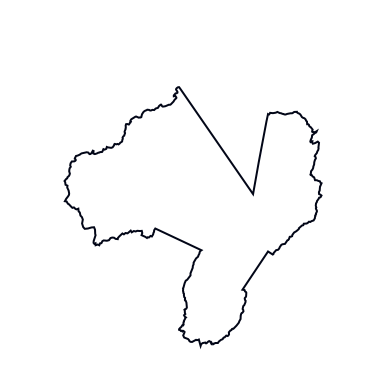 Pacajá, Pará, Brazil, rotated 214°
{"feature_id": "56859067B2660041760548", "entity_name": "Pacajá", "entity_type": "district", "adm_level": 2, "iso_a3": "BRA", "parent_name": "Brazil", "parent_adm1": "Pará", "projection": "equal_earth", "projection_center": [-50.664, -3.7], "detail": "fine", "context": "isolated", "style": "outline", "palette": "ink", "viewbox_px": 384, "rotation_deg": 214, "n_neighbors": 0, "source": "geoboundaries", "source_scale": "gbopen_adm2", "svg_char_len": 5938}
<svg xmlns="http://www.w3.org/2000/svg" viewBox="0 0 384 384"><g transform="rotate(214 192 192)"><path d="M122.6,312.2L123.2,310.8L123.9,310.1L125.8,309.1L126.3,309.4L126.9,311.2L129.7,312.1L131.2,312.1L131.9,312.4L132.5,313.0L133.4,313.2L134.4,312.6L136.1,314.7L137.3,314.9L138.4,315.7L140.0,316.0L141.4,315.6L142.8,315.6L145.4,316.8L146.8,317.0L147.8,316.7L149.6,316.7L149.9,317.1L151.9,315.6L152.3,315.0L152.7,313.7L153.2,313.1L154.3,312.4L156.8,309.9L157.7,308.6L158.9,307.9L159.6,307.9L160.6,307.4L162.2,307.1L163.4,306.5L166.0,306.1L166.9,304.6L169.0,302.6L171.5,301.3L171.4,299.4L171.8,299.0L172.5,299.0L169.8,292.3L153.5,254.4L140.2,224.4L258.6,270.7L261.3,271.7L262.1,271.1L262.7,269.7L262.8,268.7L262.5,268.0L260.2,267.0L259.6,266.2L259.9,265.3L260.8,264.5L261.1,261.9L260.6,261.2L259.5,262.3L257.8,261.6L257.5,261.0L258.0,258.8L257.9,256.6L258.6,252.7L259.0,252.0L260.0,251.4L262.0,248.3L263.2,247.1L264.2,246.4L265.4,246.6L266.3,247.2L266.8,246.9L267.4,244.9L267.3,242.7L268.8,240.9L269.2,238.8L270.7,238.0L271.7,236.5L272.8,236.0L273.4,236.1L275.1,235.2L275.4,234.4L276.1,233.5L276.7,232.3L277.0,230.9L276.9,228.4L275.9,225.7L276.3,225.0L276.8,224.8L277.6,223.9L280.6,223.3L281.1,222.6L283.0,218.3L282.9,216.5L282.5,215.9L282.0,216.0L281.9,215.1L282.2,214.7L282.0,213.3L282.1,212.6L283.8,212.1L284.6,211.3L284.1,209.9L282.9,208.4L282.7,207.6L282.3,207.3L281.7,204.5L281.4,204.0L280.5,203.5L280.2,202.8L280.2,202.0L279.7,200.9L280.1,199.6L280.0,198.3L279.1,197.4L278.9,196.2L278.3,195.1L278.3,194.2L279.0,192.9L279.1,191.6L279.5,190.4L280.6,190.2L281.4,189.2L282.9,188.7L283.1,188.1L282.7,186.9L282.8,184.6L283.7,183.4L286.8,181.9L287.8,181.7L287.2,179.8L288.2,178.2L289.4,178.0L288.9,175.4L289.0,174.8L290.4,173.8L291.1,172.6L291.6,172.3L292.2,171.1L293.4,169.5L293.8,169.1L295.3,168.7L295.7,168.9L296.0,170.1L296.5,170.3L296.6,170.9L297.3,170.8L297.1,168.0L297.4,166.7L298.2,166.1L300.0,166.7L301.6,166.0L305.1,162.3L305.7,161.1L305.8,160.4L307.2,158.2L308.3,157.0L308.0,154.6L307.8,154.0L306.7,153.9L306.2,153.4L306.2,152.6L306.8,151.5L308.7,150.1L308.7,147.9L307.9,146.0L306.6,145.1L306.7,143.3L306.3,142.2L305.4,140.5L303.5,138.9L303.1,137.5L303.0,136.6L303.5,134.5L303.1,133.5L303.6,132.4L303.8,129.8L302.7,129.3L300.9,127.3L298.8,127.6L297.9,125.9L295.1,124.2L293.1,122.2L292.4,120.9L292.3,119.1L292.5,116.0L292.2,113.3L290.6,114.0L288.4,112.9L287.2,113.0L282.7,112.0L282.1,112.1L281.7,112.8L281.2,113.2L279.1,112.8L277.9,113.1L276.9,114.6L275.1,112.5L273.6,112.3L271.3,110.1L269.2,109.6L267.1,108.1L265.5,104.4L262.6,102.1L260.3,101.5L257.8,103.6L255.6,106.3L253.5,108.0L251.3,106.5L248.8,103.1L247.8,102.3L246.1,96.4L245.2,94.8L243.9,94.4L243.3,95.5L242.1,94.0L240.7,95.8L239.1,96.0L239.5,98.1L238.5,98.9L238.8,101.2L238.1,102.5L235.3,104.0L233.9,105.6L233.8,108.2L232.7,109.6L231.1,110.5L229.2,110.4L227.2,111.4L227.7,112.5L227.5,114.3L226.5,118.7L224.8,118.8L224.2,120.8L222.3,121.7L221.2,125.7L219.4,124.9L218.4,127.1L216.6,127.8L215.7,129.2L213.2,130.6L211.9,131.7L210.3,130.2L209.7,128.0L205.7,128.7L203.6,128.7L203.5,129.6L202.3,130.2L201.8,132.4L200.4,132.7L200.5,135.1L201.1,136.6L201.2,137.8L201.7,138.5L202.0,139.4L202.0,141.2L151.6,149.0L152.1,147.7L152.0,146.3L151.4,145.1L151.2,143.0L150.8,141.8L151.5,139.2L151.2,134.9L151.1,134.2L150.3,133.1L149.9,131.1L149.0,129.5L147.8,123.8L146.6,122.0L146.9,116.6L147.6,115.0L147.1,112.3L145.6,107.9L145.6,107.1L145.1,106.7L144.1,104.9L143.1,104.2L142.8,103.5L141.7,103.1L141.0,101.9L139.6,100.5L138.5,100.3L137.5,98.5L137.1,98.2L136.5,98.4L134.8,97.2L131.7,93.4L131.5,92.2L131.8,91.4L132.3,90.8L132.4,90.1L131.9,90.0L130.3,87.8L129.3,87.1L129.7,85.4L128.1,84.6L127.0,84.6L127.2,84.0L126.9,83.5L126.6,80.6L126.1,80.0L126.2,79.3L125.6,78.2L124.8,77.4L124.8,76.7L125.3,76.8L125.5,76.2L125.4,74.2L125.8,72.8L126.0,71.0L125.6,70.5L124.5,70.9L123.6,70.6L123.2,71.1L122.1,71.0L122.1,71.7L121.6,72.0L120.0,71.9L119.7,71.4L119.1,68.2L117.7,67.3L117.0,67.0L113.0,67.9L111.8,67.6L111.1,67.1L109.6,66.9L108.1,67.7L106.0,71.7L105.1,71.9L104.2,72.8L103.8,73.5L98.8,69.2L99.3,71.0L98.7,72.7L96.8,74.6L96.0,74.3L95.4,74.7L94.9,77.0L94.4,78.0L93.2,78.0L92.7,78.4L92.2,78.3L91.8,77.4L90.8,76.9L90.5,77.7L89.8,78.1L89.3,77.7L88.3,79.8L86.1,81.3L86.1,83.1L85.3,85.6L84.3,87.1L84.4,88.6L84.2,89.2L83.7,89.7L83.3,92.1L82.1,92.4L81.6,93.2L81.7,94.7L83.0,96.3L82.7,98.7L82.1,99.5L82.2,100.8L81.8,101.4L81.2,101.7L80.4,106.0L80.1,109.8L80.5,111.3L80.7,113.8L82.5,116.8L83.1,118.5L83.1,119.5L82.7,120.0L82.6,121.8L83.6,122.9L84.6,123.3L85.6,125.8L85.7,126.4L85.4,127.3L86.0,130.4L86.7,131.8L87.6,132.1L88.6,133.0L88.9,133.6L88.7,135.3L88.9,135.9L90.6,138.8L91.1,139.2L92.4,139.2L93.6,140.1L95.5,139.2L95.7,185.2L90.1,185.3L89.8,186.0L90.2,187.1L89.7,190.9L88.4,192.1L88.1,193.8L88.4,195.3L88.4,198.0L87.9,199.1L85.9,201.0L85.9,205.3L85.4,205.9L85.3,207.1L85.9,209.5L84.8,210.5L84.3,211.4L84.8,212.6L84.7,215.5L83.6,217.8L82.8,220.7L82.8,221.4L83.1,221.8L82.1,225.7L81.2,226.7L81.6,228.2L79.3,230.0L78.7,231.3L78.4,232.8L77.2,233.3L76.6,234.7L75.3,236.4L75.4,238.8L76.1,240.1L76.2,240.9L76.8,241.5L76.6,242.2L76.8,243.1L77.2,243.4L77.5,245.6L78.2,246.5L79.4,247.1L80.3,247.9L80.3,248.7L81.7,249.8L82.8,251.9L82.9,253.5L83.3,254.4L83.2,257.0L83.4,258.4L82.9,258.9L82.5,259.8L82.7,261.5L84.2,261.6L85.4,261.3L86.4,262.4L86.9,263.5L86.9,264.5L88.8,267.9L89.5,271.7L90.6,271.5L91.9,272.4L93.5,271.8L95.0,271.6L96.6,270.6L98.6,272.2L99.4,272.5L100.7,272.3L102.3,273.0L102.9,272.5L103.5,272.6L103.8,273.8L104.9,275.8L104.7,278.1L105.0,279.7L105.7,281.1L106.1,283.0L107.3,285.1L108.0,287.3L108.1,289.1L109.0,290.0L110.3,290.3L110.5,291.7L110.3,294.2L110.8,295.7L110.8,297.3L111.6,299.2L112.1,299.6L114.2,303.8L115.9,304.1L117.3,301.4L118.8,299.6L120.2,300.3L120.6,301.4L121.0,301.1L121.1,300.5L121.6,299.7L122.2,300.1L122.8,302.1L122.9,303.3L123.3,304.7L123.9,305.6L124.1,306.6L123.6,307.5L123.1,309.6L122.5,310.5L122.4,311.2L122.6,312.2Z" fill="none" stroke="#020617" stroke-width="2"/></g></svg>